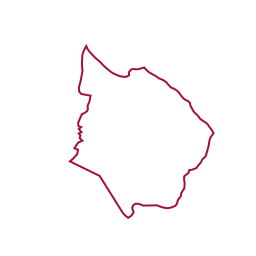 the district of Baía Formosa, Rio Grande do Norte, Brazil, rotated 324°
{"feature_id": "56859067B10587440144347", "entity_name": "Baía Formosa", "entity_type": "district", "adm_level": 2, "iso_a3": "BRA", "parent_name": "Brazil", "parent_adm1": "Rio Grande do Norte", "projection": "orthographic", "projection_center": [-35.036, -6.42], "detail": "fine", "context": "isolated", "style": "outline", "palette": "rose", "viewbox_px": 256, "rotation_deg": 324, "n_neighbors": 0, "source": "geoboundaries", "source_scale": "gbopen_adm2", "svg_char_len": 1543}
<svg xmlns="http://www.w3.org/2000/svg" viewBox="0 0 256 256"><g transform="rotate(324 128 128)"><path d="M194.2,182.5L194.6,178.7L194.5,174.1L194.6,171.1L193.4,167.6L191.8,163.4L191.8,159.1L191.1,155.8L190.8,153.1L191.2,150.0L191.6,146.8L192.9,143.8L192.4,141.4L190.7,138.5L190.1,135.5L190.0,132.4L190.1,129.2L189.5,126.5L188.4,123.5L186.5,120.3L186.0,116.2L185.8,113.0L184.3,109.3L182.2,106.0L181.4,103.3L179.9,100.1L178.7,97.4L177.7,95.0L177.1,92.5L176.6,88.5L172.5,87.1L169.2,85.5L167.4,83.6L165.0,82.5L161.5,83.4L159.9,85.9L157.3,85.8L154.9,84.3L152.0,81.5L149.8,78.1L148.3,75.3L147.2,72.7L146.0,68.2L145.2,64.7L144.7,61.9L144.4,59.1L143.8,56.1L143.0,53.0L142.6,50.6L142.2,47.7L141.8,44.3L141.7,40.6L142.4,37.2L138.0,39.3L134.2,41.9L128.2,49.3L124.8,55.0L117.6,61.9L112.4,66.1L109.9,69.8L110.2,73.0L116.7,79.8L112.8,83.6L108.2,86.4L106.8,89.0L104.8,90.3L101.6,90.3L98.8,89.7L90.7,94.5L89.0,97.4L90.6,99.7L87.6,99.9L87.9,104.0L84.9,103.5L85.1,106.2L82.9,107.7L83.6,111.5L79.4,110.5L76.2,111.5L72.8,112.9L74.8,116.2L71.3,119.4L67.6,120.1L65.0,120.6L61.4,120.9L76.9,150.1L73.9,193.5L74.2,196.7L75.3,200.8L79.3,200.9L83.0,199.5L84.4,195.1L87.0,193.5L89.5,193.7L92.1,195.6L94.7,199.7L106.0,207.6L109.3,212.6L112.9,216.2L116.4,217.8L120.8,218.8L123.5,217.8L125.8,215.7L130.8,214.1L133.1,211.8L138.1,209.9L141.2,206.2L143.4,202.1L145.2,200.1L150.7,199.8L152.8,198.1L155.0,199.3L159.8,200.6L163.1,199.5L166.8,198.7L169.6,197.1L174.3,196.5L182.4,190.1L186.5,186.1L189.1,184.1L194.2,182.5Z" fill="none" stroke="#9f1239" stroke-width="2"/></g></svg>